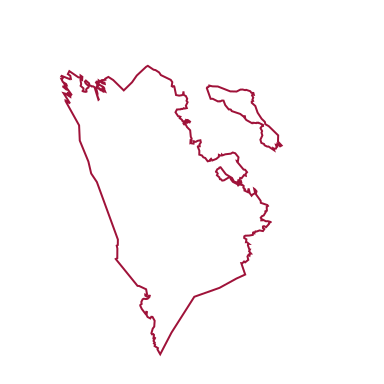 outline of Levanger nor, Nord-Trøndelag, Norway, rotated 75°
{"feature_id": "86288312B82574062898212", "entity_name": "Levanger nor", "entity_type": "district", "adm_level": 2, "iso_a3": "NOR", "parent_name": "Norway", "parent_adm1": "Nord-Trøndelag", "projection": "mercator", "projection_center": [11.15, 63.689], "detail": "fine", "context": "isolated", "style": "outline", "palette": "rose", "viewbox_px": 384, "rotation_deg": 75, "n_neighbors": 0, "source": "geoboundaries", "source_scale": "gbopen_adm2", "svg_char_len": 5978}
<svg xmlns="http://www.w3.org/2000/svg" viewBox="0 0 384 384"><g transform="rotate(75 192 192)"><path d="M245.1,129.5L242.8,125.9L242.2,125.6L242.7,126.2L242.7,126.4L242.5,126.5L242.4,126.6L242.7,126.3L241.0,124.7L240.7,125.1L241.3,124.1L242.2,123.4L241.3,123.8L239.8,126.3L239.4,128.2L237.2,130.6L237.6,131.1L237.3,132.4L235.8,131.8L234.7,132.3L233.5,130.8L233.2,128.8L230.4,125.9L229.7,126.2L228.9,126.0L229.5,126.0L229.4,124.5L225.7,123.7L225.1,122.2L224.1,122.6L220.3,128.3L218.2,128.0L210.6,130.9L208.0,129.5L205.7,130.6L205.1,131.1L209.4,131.3L210.2,134.3L211.0,135.4L208.0,136.5L203.2,136.4L206.6,138.1L204.2,140.9L203.2,140.1L202.8,140.3L203.5,140.9L202.2,140.6L201.1,141.3L199.6,140.5L197.8,141.7L197.5,142.0L198.0,142.3L197.6,143.0L195.6,143.5L197.3,144.8L197.6,145.7L197.2,145.8L196.5,144.4L195.3,143.8L195.3,141.9L194.3,141.9L194.5,142.6L193.9,143.2L194.3,144.2L195.4,144.6L195.2,145.8L195.7,146.7L192.8,149.9L190.4,150.9L190.2,149.8L190.1,150.9L187.6,151.5L187.6,153.2L189.0,158.1L188.8,159.9L187.2,160.7L186.8,161.7L184.9,161.8L182.3,163.6L180.9,162.4L179.2,162.9L178.7,163.4L178.8,163.7L178.8,164.4L178.7,163.7L176.6,161.7L176.2,159.9L175.5,159.2L175.5,158.0L183.6,154.7L188.8,149.7L192.9,148.7L194.3,146.2L194.1,145.0L192.6,144.2L193.1,143.1L190.9,141.8L191.6,140.6L189.1,137.4L190.2,135.8L188.3,135.5L187.1,133.7L184.3,134.9L183.6,136.4L174.5,140.6L173.6,140.7L174.2,139.7L170.5,138.1L165.8,140.2L164.4,142.4L165.0,144.6L164.2,150.1L164.5,152.9L163.9,153.3L164.4,153.4L164.3,154.8L163.1,156.4L164.9,156.9L166.3,159.9L166.8,164.3L164.9,165.0L165.7,166.4L166.5,166.5L166.4,168.9L162.6,170.4L161.4,172.1L159.3,172.9L157.8,175.3L153.9,174.2L149.8,174.7L149.4,174.3L149.8,172.7L148.0,172.5L146.3,170.6L144.2,170.5L144.0,173.3L144.5,175.3L144.3,176.3L142.7,177.6L143.7,177.1L145.7,178.0L144.5,180.7L144.6,180.1L143.9,180.1L144.1,180.8L141.7,180.0L142.7,178.2L141.7,179.7L140.2,178.5L138.4,178.9L131.9,177.8L128.0,180.0L124.8,180.7L124.4,181.0L124.8,181.6L124.6,182.2L123.4,182.5L122.0,181.3L123.6,179.4L123.3,178.8L123.7,178.4L122.8,177.8L124.1,176.3L123.5,175.7L121.3,177.5L121.1,178.5L121.6,178.9L120.9,179.3L122.0,180.7L121.1,182.8L119.5,183.1L117.5,184.8L117.1,184.6L117.5,184.5L117.9,184.1L117.0,184.5L116.3,183.8L115.2,185.8L110.7,187.3L108.4,185.2L109.2,181.5L108.9,181.0L109.4,179.5L108.9,178.3L109.5,177.5L109.6,175.3L107.1,175.6L104.1,173.0L102.5,173.7L100.7,172.5L97.7,173.1L96.2,174.8L92.6,174.2L95.4,175.4L95.9,176.7L95.6,179.5L94.2,182.3L85.7,181.8L85.0,182.1L85.3,183.4L84.5,184.2L80.8,182.6L78.2,183.5L71.0,191.8L68.0,192.8L64.8,195.7L63.9,197.5L58.7,202.0L59.2,203.9L65.2,215.2L70.5,221.5L76.2,231.6L63.5,239.1L59.2,243.0L60.1,246.5L61.2,246.6L60.6,250.2L60.8,250.8L62.8,249.8L63.7,248.2L65.0,248.3L63.8,250.3L60.2,253.2L61.8,253.5L61.2,254.4L62.1,254.4L61.5,255.2L62.4,255.2L60.5,256.6L65.3,255.2L64.2,254.0L67.6,250.4L69.1,249.9L69.7,250.7L68.2,252.6L70.7,250.1L72.5,249.9L72.0,250.5L72.3,251.1L72.2,251.6L69.4,253.6L70.2,253.6L70.0,253.9L65.8,256.8L67.3,257.7L72.5,257.8L74.5,258.5L78.5,258.1L78.7,258.5L65.5,259.0L64.2,260.4L64.2,261.4L63.1,262.3L62.7,263.5L60.4,263.3L56.9,265.7L57.6,266.9L59.5,266.6L63.2,264.3L64.3,265.0L64.8,266.8L65.6,267.7L67.7,267.9L67.8,268.6L67.1,270.3L65.8,272.2L66.1,270.7L63.8,270.0L60.6,272.1L59.1,271.1L54.7,270.7L54.0,270.2L55.2,269.1L52.4,268.1L50.7,269.5L52.8,270.0L51.8,272.1L43.5,279.2L46.0,281.4L48.2,279.5L51.1,279.7L50.7,280.2L51.4,280.8L46.1,287.8L46.5,288.3L48.2,287.0L49.4,288.3L49.1,288.9L52.2,288.3L55.2,285.6L56.1,285.5L54.7,287.3L60.7,285.6L58.0,287.1L56.9,288.3L56.7,289.0L57.0,289.2L60.5,286.8L61.2,285.3L67.4,283.0L63.6,287.1L67.6,284.6L68.6,284.9L64.3,288.8L63.3,290.5L74.8,286.9L71.0,290.5L71.4,290.6L98.4,283.8L113.3,287.1L135.8,284.2L148.0,284.6L157.8,281.3L218.7,275.9L224.0,277.4L224.3,278.6L227.2,278.7L236.6,281.3L237.0,283.0L268.6,268.9L269.0,267.5L274.1,261.5L279.2,261.9L279.7,262.7L279.0,263.7L280.0,263.9L281.2,262.9L281.5,261.4L281.0,260.4L281.3,259.7L282.5,260.4L283.6,262.5L283.5,264.1L282.6,266.3L282.9,267.5L285.1,269.4L287.1,269.6L287.6,271.0L288.4,271.4L291.9,270.8L297.8,268.4L297.8,267.5L296.5,267.8L295.9,267.2L296.3,266.6L299.0,267.8L301.3,267.2L303.3,265.0L302.0,263.6L302.4,262.5L306.7,261.4L312.2,263.3L313.8,265.3L318.0,267.8L319.2,267.4L319.2,266.2L320.2,265.7L323.5,267.2L324.0,266.4L322.8,266.0L323.5,265.5L325.9,267.7L327.9,267.0L328.4,267.9L329.7,267.1L331.1,268.0L334.0,265.3L335.2,266.1L340.5,264.7L322.5,248.2L293.8,216.9L291.7,190.2L287.1,171.5L285.5,162.0L273.5,162.8L273.8,161.7L272.6,159.7L273.7,158.9L272.1,155.2L268.6,155.1L267.3,153.7L268.3,152.9L266.6,152.1L266.8,150.9L264.0,152.2L262.5,150.9L262.2,151.5L257.8,151.8L256.6,151.1L256.8,150.5L254.3,152.3L254.3,152.8L251.8,151.7L249.9,153.5L248.4,153.0L248.0,151.8L248.9,147.9L249.2,144.4L247.5,143.7L248.0,142.7L247.0,142.7L247.3,141.7L246.5,140.9L246.9,139.9L246.6,136.7L248.1,133.6L246.5,131.7L245.2,132.8L243.7,132.4L243.6,131.3L245.1,129.5ZM170.3,93.4L165.6,95.9L159.6,94.1L148.3,100.8L145.5,103.6L143.1,103.5L139.3,105.8L132.3,108.1L125.3,108.6L121.3,111.2L120.1,110.9L119.9,109.4L118.3,109.7L116.8,108.4L114.1,109.0L113.4,108.2L114.0,107.1L112.2,107.1L111.6,108.9L109.7,109.7L107.3,113.3L107.4,114.3L106.2,116.4L105.6,118.7L106.5,122.9L104.7,129.0L96.8,139.7L95.2,145.0L93.7,147.7L94.4,147.9L94.4,148.9L94.9,149.3L94.9,150.3L95.5,150.8L106.8,149.9L107.3,147.9L111.3,143.4L111.3,142.2L111.8,141.6L111.4,139.3L111.9,137.9L116.7,137.4L121.8,135.1L121.9,134.1L122.6,133.1L124.1,132.7L129.1,125.2L131.9,123.1L132.5,121.3L133.3,121.4L133.0,122.4L136.5,120.9L141.1,116.2L141.3,115.5L140.9,115.1L142.1,112.1L141.8,111.2L142.5,110.3L142.3,109.8L145.5,106.1L146.6,106.3L146.6,107.6L148.0,109.3L151.3,108.5L152.7,109.5L155.6,109.4L159.2,112.4L162.5,112.3L164.3,110.0L165.7,109.8L167.6,107.6L167.9,106.3L172.9,101.9L170.9,102.0L171.6,101.2L171.8,99.7L170.7,98.8L171.5,98.5L168.5,98.7L168.9,98.2L168.1,98.3L168.2,97.3L167.7,97.1L170.7,95.1L170.3,93.4Z" fill="none" stroke="#9f1239" stroke-width="2"/></g></svg>